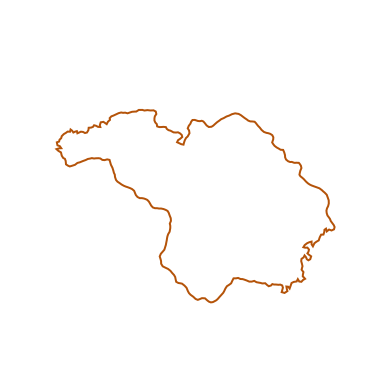 Lagoa Formosa, Minas Gerais, Brazil, rotated 209°
{"feature_id": "56859067B15651251561335", "entity_name": "Lagoa Formosa", "entity_type": "district", "adm_level": 2, "iso_a3": "BRA", "parent_name": "Brazil", "parent_adm1": "Minas Gerais", "projection": "robinson", "projection_center": [-46.318, -18.761], "detail": "fine", "context": "isolated", "style": "outline", "palette": "amber", "viewbox_px": 384, "rotation_deg": 209, "n_neighbors": 0, "source": "geoboundaries", "source_scale": "gbopen_adm2", "svg_char_len": 4828}
<svg xmlns="http://www.w3.org/2000/svg" viewBox="0 0 384 384"><g transform="rotate(209 192 192)"><path d="M331.3,163.8L328.8,163.2L325.8,163.1L323.5,160.6L321.1,159.3L319.3,159.4L317.6,158.0L315.6,155.1L313.3,154.9L311.3,155.1L309.6,156.8L307.5,159.1L306.3,161.9L304.5,163.6L302.5,166.1L300.5,168.4L299.1,170.4L297.5,171.7L296.0,173.1L293.9,173.8L292.1,175.1L290.0,176.3L288.4,176.9L286.0,176.6L283.9,177.5L282.0,179.4L279.7,180.1L277.8,178.2L276.1,176.5L273.3,174.6L271.1,172.5L269.6,170.9L268.0,169.8L266.6,167.8L264.3,165.7L262.2,164.9L259.7,164.7L257.2,164.4L254.7,164.4L252.7,164.6L250.6,165.0L247.8,165.4L245.8,165.5L243.2,165.0L241.0,163.2L239.6,162.1L237.2,161.2L234.7,161.3L232.7,162.4L230.9,163.0L229.1,163.3L227.2,163.4L225.0,162.7L223.0,161.5L221.1,160.3L218.7,159.5L216.5,159.9L214.7,160.9L212.7,161.6L210.9,162.6L208.6,163.3L206.3,163.6L204.2,163.6L202.4,162.6L200.0,160.5L197.9,158.8L196.4,156.5L196.1,153.6L194.6,151.9L193.5,149.9L192.3,146.4L192.4,143.5L192.0,141.3L191.4,139.4L190.7,137.6L190.1,135.7L189.2,133.0L188.7,130.5L188.2,128.1L188.7,125.6L189.3,122.9L189.0,120.0L186.8,117.9L185.5,116.5L184.2,114.3L181.6,112.8L178.7,112.9L175.6,113.1L172.6,112.6L170.2,111.6L167.5,110.7L165.5,109.5L163.9,107.6L162.3,105.8L159.8,105.8L158.2,106.4L156.3,107.0L153.2,106.5L150.4,105.6L149.0,104.5L147.5,103.3L145.6,102.1L143.4,101.4L140.1,101.0L137.0,100.2L134.6,100.5L133.2,102.2L131.8,104.0L129.1,105.3L126.1,104.6L124.0,104.3L122.0,104.6L120.4,105.8L119.3,107.4L118.2,109.2L117.6,111.0L117.1,113.4L116.4,116.4L115.8,119.0L115.8,121.2L116.0,123.7L115.8,126.5L114.4,129.1L113.5,131.1L113.7,133.7L113.8,136.6L111.7,137.8L110.0,139.2L107.4,139.4L105.7,140.3L103.9,140.7L101.4,141.1L98.5,141.4L96.3,142.6L94.5,144.4L91.8,144.4L89.7,145.1L88.0,145.7L86.2,146.1L83.7,147.7L81.3,147.1L79.2,146.8L77.6,148.5L77.1,150.4L75.5,150.8L73.4,151.9L71.3,152.8L69.9,153.8L67.8,154.0L66.1,152.4L65.6,150.3L65.0,147.9L62.1,148.6L60.5,151.6L62.0,153.1L63.6,155.1L61.9,155.8L59.8,154.9L60.3,157.9L60.8,160.7L59.4,162.7L57.1,164.5L57.2,167.1L54.8,165.7L52.8,166.5L52.2,169.0L51.0,170.9L52.6,171.5L54.2,171.9L55.0,173.6L55.7,176.0L58.5,177.2L59.4,180.7L61.3,182.8L63.0,184.5L63.8,186.6L62.7,188.9L62.8,191.1L60.8,190.3L59.0,188.9L57.1,188.7L56.0,190.5L56.6,193.5L59.7,193.9L61.3,194.3L61.2,196.3L61.8,198.4L64.1,199.3L66.1,198.1L67.8,197.7L67.7,200.2L66.5,203.0L65.0,205.0L63.4,206.6L62.0,204.2L59.9,203.1L60.1,206.5L59.1,208.8L57.7,211.1L58.3,214.2L58.4,217.3L56.4,218.5L56.9,221.1L57.8,223.2L57.0,224.9L55.0,222.9L53.9,225.6L51.3,226.0L49.7,228.2L50.3,230.5L52.0,231.8L54.2,232.8L56.6,233.9L58.2,235.3L59.8,236.1L62.1,237.1L64.0,238.9L65.4,240.9L66.0,243.1L66.1,245.6L66.8,248.3L68.4,251.0L70.5,252.9L72.8,254.9L75.7,255.8L77.4,256.1L79.3,256.6L82.3,257.0L85.0,256.6L88.0,256.1L90.7,255.7L92.8,255.6L94.9,255.8L97.4,256.4L100.6,257.5L102.9,258.0L104.8,258.3L106.4,259.2L107.0,261.0L107.6,263.2L107.9,266.0L109.5,267.8L111.2,268.7L112.7,269.3L114.7,268.3L116.7,267.1L119.2,266.7L120.8,265.8L122.8,265.5L125.5,266.0L127.4,267.5L128.5,269.3L130.6,271.4L132.7,273.0L135.0,271.9L136.9,272.0L139.5,272.0L142.2,272.4L144.3,273.3L145.9,274.2L146.5,277.4L147.4,279.3L149.3,280.6L151.7,280.8L153.8,280.4L155.6,279.8L158.2,279.4L161.2,280.0L164.0,281.2L166.1,281.8L167.6,282.4L169.4,283.2L171.3,283.8L173.3,283.0L175.3,282.0L177.4,281.7L179.3,282.0L181.6,282.2L183.8,282.5L186.5,282.9L189.1,282.9L192.4,281.7L194.8,279.4L196.5,276.9L198.4,274.8L200.1,272.0L201.8,269.8L202.6,267.9L203.9,265.2L204.9,262.4L205.6,260.3L206.6,258.5L208.8,257.0L211.5,257.3L214.3,258.5L216.3,259.2L218.0,259.0L219.4,257.8L221.2,257.0L224.5,256.4L226.5,255.2L226.8,252.9L226.5,251.0L226.9,248.4L226.6,245.6L224.4,244.4L222.7,242.2L222.7,238.5L223.4,236.4L223.4,233.9L223.0,231.7L222.4,229.3L224.6,228.6L226.7,228.5L229.2,228.3L229.3,230.6L228.1,232.9L227.2,235.4L228.6,236.9L231.1,237.5L233.2,237.4L234.9,236.2L237.1,235.2L240.5,235.2L242.6,234.7L244.7,235.0L246.3,236.1L248.6,235.1L250.4,233.9L252.2,232.9L254.3,232.5L255.7,234.3L257.8,235.0L259.5,236.3L260.6,238.3L261.2,240.2L261.0,242.9L262.7,244.8L265.2,244.8L267.8,243.2L270.7,242.0L273.1,240.2L275.3,239.7L278.3,238.0L279.7,235.4L281.8,234.1L283.3,233.1L284.8,231.5L286.5,229.6L288.9,229.0L290.7,227.8L292.5,227.2L294.4,225.4L296.2,222.9L297.8,220.7L299.2,219.1L299.8,216.7L298.7,215.3L299.6,212.8L299.5,210.0L301.3,210.2L303.5,210.4L305.6,208.7L305.0,205.7L303.7,204.4L305.8,203.4L308.0,203.4L310.0,202.9L310.2,200.9L311.5,199.4L313.5,198.1L312.6,195.9L312.7,193.1L314.2,191.7L316.4,191.7L318.4,190.9L319.5,189.4L320.7,187.8L322.2,189.4L323.5,188.1L324.6,186.5L326.5,187.5L328.5,187.8L327.9,185.6L330.1,184.5L330.9,182.7L332.2,180.5L333.0,177.7L332.5,175.6L333.2,173.6L332.7,171.7L334.3,169.9L332.3,167.6L329.8,168.0L327.6,166.9L329.5,165.7L331.3,163.8Z" fill="none" stroke="#b45309" stroke-width="2"/></g></svg>